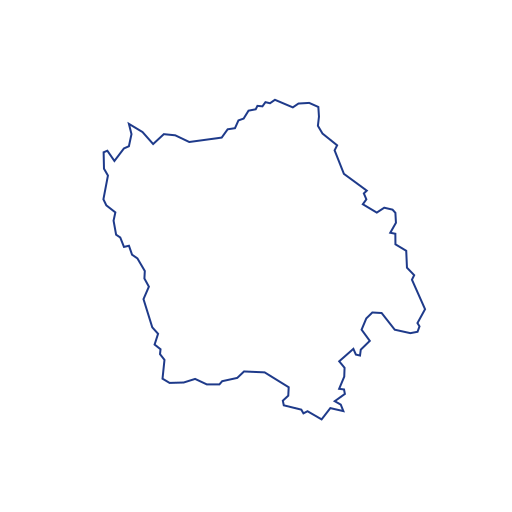 the district of Vinitsa, Vinica, North Macedonia, rotated 150°
{"feature_id": "65306769B11231402107621", "entity_name": "Vinitsa", "entity_type": "district", "adm_level": 2, "iso_a3": "MKD", "parent_name": "North Macedonia", "parent_adm1": "Vinica", "projection": "mercator", "projection_center": [22.586, 41.86], "detail": "fine", "context": "isolated", "style": "outline", "palette": "blue", "viewbox_px": 512, "rotation_deg": 150, "n_neighbors": 0, "source": "geoboundaries", "source_scale": "gbopen_adm2", "svg_char_len": 1548}
<svg xmlns="http://www.w3.org/2000/svg" viewBox="0 0 512 512"><g transform="rotate(150 256 256)"><path d="M359.9,313.2L359.8,298.6L363.9,292.3L364.1,283.0L375.0,274.9L381.5,246.1L379.7,237.6L388.1,230.0L385.3,223.0L388.2,219.0L387.2,211.8L398.3,196.5L394.3,189.3L381.9,182.6L370.2,180.0L362.8,169.4L351.9,163.1L347.9,164.5L333.2,159.8L324.1,162.0L306.7,150.9L293.3,126.0L297.9,118.9L305.1,117.3L306.6,112.8L293.6,100.3L293.6,96.0L289.0,95.8L280.9,81.7L267.7,87.1L257.9,78.0L256.9,84.9L260.4,90.9L248.0,92.1L246.5,96.4L250.4,99.4L239.9,107.4L235.2,114.9L236.6,123.2L218.1,126.9L218.8,120.7L215.7,117.8L212.1,122.5L199.9,125.6L201.4,139.4L191.7,146.8L183.5,148.9L175.7,143.8L172.7,122.8L160.9,112.0L154.0,109.6L149.6,113.3L149.7,117.2L136.2,125.4L132.8,157.5L128.6,160.3L131.1,170.4L123.3,185.4L129.4,196.4L124.2,205.6L128.1,209.0L118.2,214.8L113.7,223.7L114.6,227.9L120.8,233.7L129.7,233.2L137.6,247.4L132.1,249.9L131.3,256.3L127.4,257.2L138.8,283.2L135.1,308.2L130.4,311.3L137.2,328.8L137.3,337.8L131.8,345.2L127.5,353.9L133.4,362.0L143.0,366.8L149.8,366.3L161.5,381.8L167.5,381.3L170.9,384.5L175.6,382.4L179.7,385.3L182.9,383.2L189.8,385.6L198.0,381.2L203.4,382.2L210.3,377.2L217.2,379.9L226.5,375.7L256.8,388.1L265.6,400.9L274.9,407.6L289.1,404.4L292.3,420.1L300.0,434.0L302.9,423.8L311.2,414.6L316.6,415.2L331.1,409.1L332.1,421.5L336.1,422.0L344.0,407.6L344.0,399.7L359.8,381.4L360.3,374.7L356.0,364.1L361.7,357.8L366.5,344.4L364.3,339.9L365.8,329.9L360.9,328.4L362.7,319.1L359.9,313.2Z" fill="none" stroke="#1e3a8a" stroke-width="2"/></g></svg>